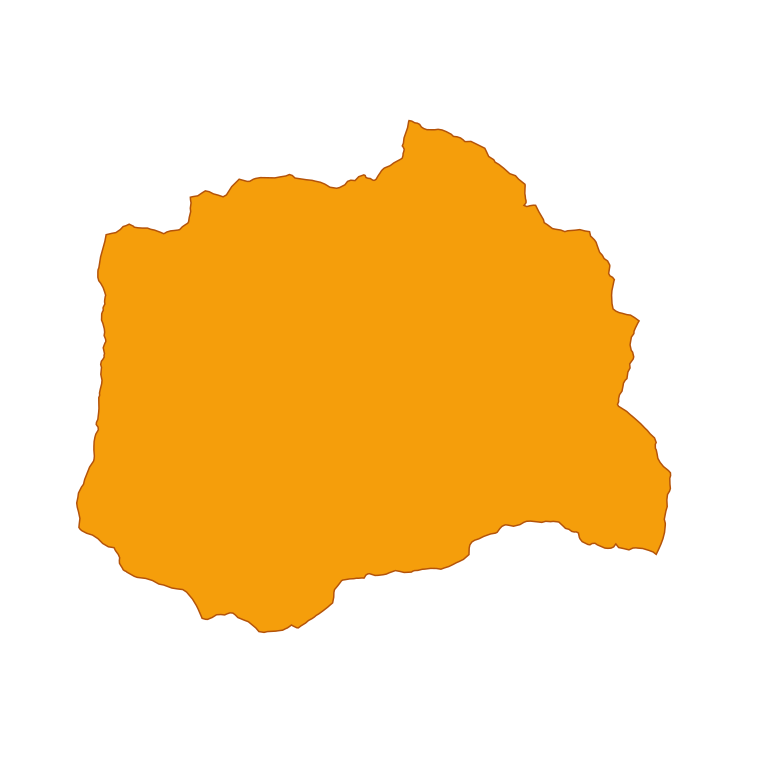 Kawang, Thimphu, Bhutan, rotated 99°
{"feature_id": "84629894B41784722800221", "entity_name": "Kawang", "entity_type": "district", "adm_level": 2, "iso_a3": "BTN", "parent_name": "Bhutan", "parent_adm1": "Thimphu", "projection": "robinson", "projection_center": [89.606, 27.573], "detail": "fine", "context": "isolated", "style": "filled", "palette": "amber", "viewbox_px": 768, "rotation_deg": 99, "n_neighbors": 0, "source": "geoboundaries", "source_scale": "gbopen_adm2", "svg_char_len": 6147}
<svg xmlns="http://www.w3.org/2000/svg" viewBox="0 0 768 768"><g transform="rotate(99 384 384)"><path d="M643.9,527.0L644.3,523.5L644.1,521.4L643.0,519.7L641.5,517.2L638.1,513.3L637.2,509.1L637.0,505.2L635.7,503.3L634.1,500.3L633.9,497.4L635.3,494.8L637.5,491.8L639.1,485.2L640.0,480.8L642.9,475.9L645.0,472.4L648.1,468.8L648.1,463.6L646.8,460.5L645.0,452.2L644.3,450.0L643.0,445.6L641.0,442.8L640.1,441.3L638.1,439.2L636.5,437.7L637.2,436.0L638.4,432.0L638.3,430.5L635.9,428.2L632.3,424.0L629.4,421.6L627.0,418.4L625.0,416.3L623.2,414.8L621.2,412.4L617.8,409.0L616.0,407.3L613.1,404.6L610.9,402.8L608.2,400.5L602.4,400.3L597.7,400.9L594.8,400.7L590.8,398.3L587.9,396.7L585.0,395.2L584.1,394.1L583.0,390.7L581.9,387.5L581.0,383.3L580.1,380.7L579.9,379.0L579.0,375.4L578.8,373.3L575.6,372.0L574.1,370.3L573.6,368.6L574.5,362.9L573.9,359.9L572.5,355.0L571.4,352.0L569.7,349.4L566.5,343.6L566.6,339.3L567.0,334.6L565.5,327.6L564.1,325.9L563.5,324.6L562.8,321.4L561.0,317.2L560.4,314.6L558.8,309.1L558.0,303.3L558.0,298.8L556.2,295.6L554.2,291.5L551.7,287.9L549.0,284.3L547.7,282.2L544.8,278.1L539.2,273.4L532.7,274.2L529.4,274.0L526.3,272.5L525.4,271.5L524.1,270.0L522.1,266.1L518.9,261.6L517.4,258.9L515.4,255.2L513.8,250.5L512.7,249.0L508.7,247.0L506.2,245.3L504.7,243.2L504.0,241.7L504.0,238.7L504.2,233.8L501.6,227.7L498.7,224.2L497.3,221.7L496.5,217.9L496.1,209.7L496.0,206.5L494.3,202.8L493.9,197.9L493.2,195.4L493.0,191.6L493.0,189.7L496.6,184.4L498.2,182.2L498.6,178.6L500.2,175.5L500.4,173.0L500.0,170.9L500.7,168.7L505.1,167.0L506.5,166.0L508.7,163.6L510.6,157.5L510.6,155.4L509.0,153.6L508.3,150.7L509.5,148.1L511.5,140.2L511.3,137.1L510.6,134.1L509.0,131.7L505.7,130.0L508.8,126.7L509.1,121.0L509.5,116.1L507.1,112.5L506.4,109.5L506.4,108.2L506.0,102.7L506.9,96.3L507.8,92.0L509.7,88.5L505.1,87.1L498.7,85.4L493.2,84.3L486.7,83.7L479.4,84.1L477.5,84.4L473.8,86.0L465.2,85.7L460.8,85.1L454.3,86.5L448.8,86.7L445.1,85.2L442.4,84.8L438.3,85.9L432.4,87.0L429.7,86.6L426.9,87.2L425.1,89.4L421.8,95.1L418.3,99.0L414.6,101.9L410.7,103.2L406.5,104.8L405.1,105.9L401.2,106.6L399.2,106.0L394.9,108.4L393.8,110.1L391.4,113.6L388.7,116.6L386.7,119.5L383.2,124.1L378.6,131.2L375.5,136.4L373.1,140.0L369.3,148.9L367.6,150.2L364.9,149.5L361.6,150.0L357.7,149.7L353.8,147.8L348.5,147.6L345.7,147.6L342.4,146.3L340.7,144.9L334.1,145.0L329.7,143.5L325.7,144.5L320.3,141.8L318.1,141.6L313.7,143.4L312.0,145.1L306.9,147.1L303.6,147.1L299.0,147.0L295.1,145.1L292.7,145.3L289.4,144.5L284.0,142.8L281.8,141.9L279.5,146.3L277.4,151.3L277.5,154.9L276.9,159.9L276.7,163.0L275.7,166.5L274.0,169.5L268.9,171.4L260.8,173.1L256.2,173.5L246.2,173.0L244.9,172.8L242.9,174.9L241.8,177.8L240.5,178.8L239.6,179.4L232.6,179.4L231.3,179.6L227.5,182.4L225.7,186.2L222.7,188.5L220.2,191.6L218.1,192.8L213.5,195.3L210.8,196.7L208.8,198.6L206.4,201.9L205.8,203.0L201.4,204.8L201.4,209.5L200.9,214.8L202.2,219.3L203.9,226.5L205.2,229.2L204.3,233.5L204.3,239.0L204.1,242.0L201.2,247.4L199.6,251.0L196.6,252.3L189.8,257.9L183.8,262.2L184.0,264.3L185.1,267.8L186.1,269.9L186.4,271.0L186.1,272.0L185.7,273.7L183.5,272.4L182.5,272.1L180.7,272.4L178.7,273.3L176.3,273.9L173.8,274.7L168.3,275.4L166.1,275.6L164.7,276.0L160.6,283.2L157.7,286.7L156.6,292.7L152.1,299.6L149.1,305.0L147.5,309.0L145.3,310.7L142.9,316.2L138.4,319.2L135.4,321.3L132.6,330.2L130.8,336.1L131.8,341.0L131.8,342.3L130.6,343.8L129.0,346.9L128.4,350.5L128.6,354.1L126.8,356.7L125.0,362.0L124.0,366.4L124.0,370.4L125.0,373.8L125.6,377.8L126.1,381.4L125.5,384.6L124.3,387.3L122.0,389.4L121.2,391.8L121.2,394.5L120.0,397.7L119.9,400.5L120.9,400.7L127.2,400.8L137.8,402.7L143.2,402.5L146.0,403.2L146.8,402.3L148.9,400.8L150.9,400.8L153.5,401.2L155.2,401.0L158.0,401.3L159.3,402.6L161.8,405.9L164.1,408.9L166.6,411.3L167.6,412.4L170.0,416.4L170.8,417.6L172.8,419.2L173.9,419.9L176.4,421.0L177.6,421.6L179.8,422.6L183.0,423.8L184.3,425.2L184.5,426.6L184.0,428.0L183.2,429.6L183.3,432.3L182.8,434.2L181.0,435.2L180.6,436.6L183.2,441.4L187.6,444.4L187.9,448.7L189.6,451.7L193.4,453.8L196.9,458.6L198.1,461.4L198.1,468.3L197.0,470.8L195.8,473.8L194.7,478.4L194.4,483.8L194.1,486.8L194.4,492.6L194.5,504.1L192.4,507.2L191.9,510.2L193.9,513.5L195.8,519.3L197.5,524.0L199.5,538.4L201.1,543.0L202.2,545.1L204.8,548.3L205.3,550.8L204.4,559.1L212.9,565.3L221.9,569.2L224.3,572.2L223.4,577.4L222.9,582.2L221.4,586.8L221.2,590.7L223.8,593.7L227.3,597.4L228.9,602.3L229.8,604.5L232.4,603.9L235.3,602.9L240.7,602.8L244.0,601.9L249.8,602.4L254.3,602.4L255.9,603.0L258.1,605.5L260.3,607.8L263.5,610.0L264.2,611.7L265.1,614.8L266.2,618.9L267.9,622.4L269.4,624.1L270.0,625.2L269.1,628.6L267.9,634.7L267.7,638.7L267.0,642.0L267.8,647.0L268.2,651.3L268.2,655.2L267.4,656.1L266.0,660.7L268.0,663.6L269.3,666.3L272.7,668.6L276.4,672.5L277.9,676.7L280.0,681.8L286.8,682.0L302.8,683.8L313.7,683.8L316.0,684.3L318.2,684.1L323.4,683.3L326.6,681.9L328.9,679.5L332.7,676.5L336.6,674.4L339.9,672.8L341.6,673.0L344.8,673.0L346.7,672.8L348.6,672.2L351.7,673.2L352.8,673.4L355.1,672.8L356.8,673.4L358.9,673.8L363.3,673.2L365.0,673.0L368.0,671.2L373.2,668.9L376.6,668.0L380.0,668.0L382.6,666.4L383.8,665.8L385.7,665.4L387.2,666.0L389.9,666.6L392.2,667.0L394.1,666.2L397.7,664.8L399.4,665.0L401.3,664.6L404.0,665.7L405.7,666.7L409.0,666.9L411.8,665.6L418.8,665.2L424.4,663.1L428.0,662.9L433.5,663.4L437.4,663.6L439.0,663.2L440.1,663.1L442.0,663.6L447.8,662.6L452.8,661.7L456.5,661.4L463.7,661.1L466.9,662.0L469.0,661.9L471.4,659.6L474.0,659.0L478.6,660.8L481.8,661.2L486.2,661.3L490.6,660.8L494.6,660.2L500.5,658.8L503.5,658.6L505.6,658.8L512.1,661.8L525.0,664.7L530.0,665.1L533.2,666.7L539.5,668.7L543.9,668.6L549.6,668.9L553.6,667.7L558.1,665.7L564.4,663.3L570.1,663.1L573.4,662.9L575.1,661.3L576.2,659.4L577.9,654.4L578.8,648.3L581.5,642.3L585.5,636.9L587.9,630.8L587.9,625.0L590.5,623.2L593.9,619.8L596.9,617.9L599.6,617.8L602.5,617.2L604.6,615.5L606.5,613.8L608.3,612.5L609.0,611.1L609.5,609.3L610.0,608.6L613.0,600.6L613.6,597.5L613.3,588.9L614.3,581.9L616.8,575.1L617.0,570.2L618.7,561.6L618.7,556.3L618.5,550.6L620.4,546.4L626.4,539.5L632.2,534.6L635.0,532.6L641.6,528.4L643.9,527.0Z" fill="#f59e0b" stroke="#b45309" stroke-width="1.5"/></g></svg>